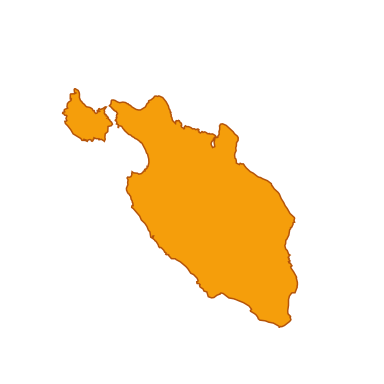 Providencia (Santa Isabel), San Andrés y Providencia, Colombia (Equal Earth projection), rotated 307°
{"feature_id": "7082276B29529138088476", "entity_name": "Providencia (Santa Isabel)", "entity_type": "district", "adm_level": 2, "iso_a3": "COL", "parent_name": "Colombia", "parent_adm1": "San Andrés y Providencia", "projection": "equal_earth", "projection_center": [-81.369, 13.358], "detail": "fine", "context": "isolated", "style": "filled", "palette": "amber", "viewbox_px": 384, "rotation_deg": 307, "n_neighbors": 0, "source": "geoboundaries", "source_scale": "gbopen_adm2", "svg_char_len": 5997}
<svg xmlns="http://www.w3.org/2000/svg" viewBox="0 0 384 384"><g transform="rotate(307 192 192)"><path d="M241.0,129.1L242.3,127.0L242.9,127.1L242.8,126.7L244.5,124.5L244.6,123.6L246.4,121.5L248.5,116.9L249.8,111.8L249.0,108.3L248.6,107.5L247.7,107.2L247.0,105.5L245.9,104.5L244.1,104.6L240.9,103.8L239.0,102.6L238.4,102.6L237.6,103.5L235.5,102.9L231.9,103.6L226.5,101.5L225.3,99.9L224.3,97.6L223.8,92.9L224.1,90.8L223.7,88.8L224.0,87.7L223.5,87.0L223.5,85.2L222.2,82.7L219.8,80.5L219.1,78.4L218.8,75.4L218.1,73.7L217.1,72.6L216.4,72.6L213.5,74.3L211.1,74.1L211.1,77.0L210.6,77.9L210.7,79.7L210.4,79.7L210.3,80.5L210.4,82.2L210.8,83.1L210.2,84.0L210.1,85.1L209.4,85.6L208.7,85.2L207.4,85.8L206.4,87.0L205.9,86.7L205.0,87.7L203.1,87.5L202.8,88.0L203.2,88.9L201.9,90.6L200.9,90.7L201.4,92.6L199.1,94.1L199.3,94.5L200.5,93.7L201.5,94.6L202.1,96.4L201.2,98.5L200.8,100.8L200.5,100.9L199.9,106.8L200.6,108.7L200.3,111.0L200.7,112.6L200.5,114.3L201.0,116.0L201.0,119.8L200.6,121.1L201.0,121.4L200.8,122.8L197.6,129.6L195.8,132.2L195.5,133.7L192.3,137.6L189.7,139.8L185.9,141.5L185.4,140.7L184.9,141.3L183.7,141.7L183.4,141.3L182.8,141.5L181.6,140.5L181.6,140.0L181.4,141.2L180.6,141.8L179.5,140.7L178.2,140.9L176.1,140.4L174.2,138.7L174.2,137.2L172.2,133.9L172.1,132.0L171.3,132.6L170.8,132.5L169.7,133.5L167.6,134.0L166.0,133.1L165.3,131.7L164.1,131.7L163.3,133.6L160.7,135.0L159.3,136.4L155.6,137.3L154.1,138.6L152.7,141.0L152.3,142.3L152.5,143.2L151.9,144.1L151.6,145.6L149.6,147.7L148.9,149.5L147.8,150.6L147.7,151.2L145.9,153.0L145.8,152.5L144.6,152.4L143.4,153.1L143.4,155.2L141.3,164.7L139.2,168.3L138.6,173.2L137.3,176.9L135.3,180.1L134.8,182.4L131.1,186.2L131.2,187.7L133.4,187.3L133.8,187.8L131.3,188.5L131.2,190.9L130.8,191.8L130.9,193.1L129.5,196.8L128.6,197.9L128.1,199.2L128.2,199.9L128.9,200.3L129.0,201.0L128.5,204.5L127.5,206.4L127.8,207.2L127.6,208.1L126.5,208.4L126.5,209.2L127.5,210.3L127.7,211.2L127.3,211.3L126.4,215.7L128.6,218.8L128.5,220.2L129.2,224.7L128.8,232.0L128.3,234.6L126.4,239.9L127.0,243.0L126.2,248.1L124.8,250.3L124.1,250.4L123.2,249.8L122.2,250.7L122.0,251.2L123.0,252.6L123.0,253.7L122.8,254.3L121.9,254.3L121.0,255.6L121.2,259.2L120.1,261.1L121.1,264.0L118.2,268.0L119.2,271.3L120.9,273.0L124.7,274.1L127.5,275.9L127.8,275.6L128.8,275.9L129.7,278.0L129.6,285.2L131.9,289.7L134.6,299.6L135.3,306.1L134.2,310.1L132.4,310.0L132.0,310.6L132.5,315.1L132.4,317.3L131.6,319.8L130.6,321.3L130.5,323.3L133.2,328.0L134.2,331.6L136.3,335.9L137.1,341.8L137.0,342.7L136.5,343.0L136.7,343.3L137.9,343.7L138.5,344.8L141.1,346.2L147.4,347.9L149.5,347.9L151.1,345.6L151.7,345.8L152.0,345.4L152.4,342.4L152.9,341.5L154.9,339.8L159.5,337.3L164.2,333.8L167.6,332.4L171.1,332.4L171.7,332.6L173.5,334.9L179.5,333.2L180.0,332.5L181.1,332.2L183.2,330.6L186.3,326.8L186.9,326.8L189.4,321.2L190.7,317.2L191.6,315.8L192.9,316.3L193.4,316.1L193.4,315.3L194.1,314.0L193.9,312.2L194.8,312.2L194.7,311.5L194.2,311.5L194.5,311.0L195.2,311.6L196.0,311.6L196.5,309.9L197.3,309.6L197.4,308.5L197.8,308.1L198.4,308.4L199.7,307.9L200.6,308.2L200.5,306.6L202.6,303.3L202.9,301.1L205.0,298.4L207.0,297.9L210.0,295.9L211.0,296.2L215.8,295.3L220.7,292.7L222.1,292.9L222.8,292.2L223.9,292.8L227.1,292.1L228.0,291.3L228.9,291.4L229.6,292.1L230.8,290.5L232.7,289.8L233.2,289.1L233.8,283.2L236.1,278.0L237.1,274.6L238.7,271.7L240.4,267.2L242.9,263.0L243.5,261.0L244.0,255.7L245.2,252.4L245.1,251.9L246.4,250.3L246.4,245.4L245.1,240.4L244.8,238.0L244.0,236.4L243.8,235.0L243.9,229.5L243.3,226.3L243.9,220.8L244.7,217.8L245.1,217.1L245.3,215.9L244.3,214.9L243.9,213.2L242.4,213.3L241.8,210.0L243.8,208.4L244.8,207.1L244.9,205.9L247.1,203.8L248.9,202.9L251.5,202.4L253.6,200.3L255.5,199.7L258.1,197.9L260.8,197.8L263.1,196.3L263.9,194.7L264.1,190.9L264.9,188.6L265.8,179.3L264.9,175.5L263.7,174.2L263.0,173.9L261.8,174.4L261.3,174.2L260.2,175.3L258.5,176.5L256.5,177.2L254.4,179.0L252.1,179.1L251.2,179.7L250.3,179.0L249.7,177.7L249.3,177.7L245.0,179.8L241.9,182.9L239.9,181.7L241.3,178.9L242.3,178.0L244.4,177.4L245.8,178.0L247.1,177.2L247.9,177.5L248.6,177.1L250.8,177.6L251.1,176.3L250.8,173.6L249.0,171.3L249.1,170.5L248.3,170.0L247.8,168.9L248.1,168.3L247.7,166.0L246.2,165.0L246.5,164.4L246.3,163.6L244.3,163.3L243.9,161.8L244.7,161.1L244.7,160.1L245.9,160.0L245.9,158.8L244.0,157.4L244.0,156.0L242.7,154.3L242.8,152.4L242.1,149.8L241.0,148.4L240.9,146.9L239.6,146.7L238.1,147.8L237.6,147.4L237.9,147.0L237.5,145.0L237.8,144.3L238.3,143.4L239.1,143.6L240.2,142.5L240.6,141.6L240.3,140.9L241.2,139.1L240.9,138.8L241.1,138.2L240.1,137.6L239.6,136.6L238.8,136.8L238.6,136.5L236.8,137.6L237.4,133.3L239.4,131.0L239.8,129.8L241.0,129.1ZM199.8,39.1L197.3,36.1L196.7,36.1L193.0,38.8L193.1,39.3L193.9,39.0L193.8,39.6L192.2,40.3L189.7,39.4L187.6,39.3L184.8,40.9L184.2,42.2L181.1,40.5L180.2,40.8L179.4,42.1L178.1,41.0L177.5,41.0L176.9,41.4L177.2,43.2L176.8,43.8L176.9,44.6L177.6,45.5L177.5,46.3L174.9,47.1L173.7,49.1L173.0,49.0L171.9,47.9L170.5,49.7L170.1,52.7L168.8,57.6L166.9,62.1L167.8,71.0L167.0,73.0L168.2,74.7L168.5,74.7L168.5,74.0L168.9,74.0L168.8,75.5L169.1,75.7L169.4,75.0L169.8,76.2L169.1,76.4L169.4,77.9L171.0,77.7L172.5,78.9L172.8,80.0L172.2,81.0L172.4,81.7L173.5,82.0L174.6,81.4L175.4,81.8L176.3,81.1L176.9,83.4L178.1,84.9L178.0,85.5L178.6,85.8L178.5,86.3L178.0,86.5L179.5,87.9L179.8,90.6L179.7,91.5L182.0,90.9L183.1,89.6L186.2,87.7L189.5,88.4L193.8,85.5L196.3,87.6L198.3,87.7L199.3,85.8L199.6,83.2L200.1,82.8L199.9,81.5L200.8,80.7L200.9,80.2L200.5,79.9L201.1,79.9L201.5,79.0L201.4,78.2L201.1,77.8L201.9,77.1L202.0,76.2L201.6,76.0L202.2,74.5L203.8,73.7L204.5,72.5L208.3,72.4L207.8,71.5L205.1,70.6L202.7,69.1L202.8,67.8L202.3,67.5L201.1,67.7L200.7,69.6L200.0,69.0L199.7,67.6L198.8,68.5L197.8,68.6L196.8,67.9L197.0,66.3L198.1,64.9L197.5,64.2L198.4,62.0L198.1,59.6L196.6,56.5L196.7,55.0L197.2,53.5L197.3,50.7L197.9,49.5L197.9,48.0L199.6,45.3L202.5,43.2L203.6,41.9L204.6,40.0L204.2,36.6L203.7,36.1L202.8,36.3L200.9,38.2L201.2,39.7L199.8,39.1Z" fill="#f59e0b" stroke="#b45309" stroke-width="1.5"/></g></svg>